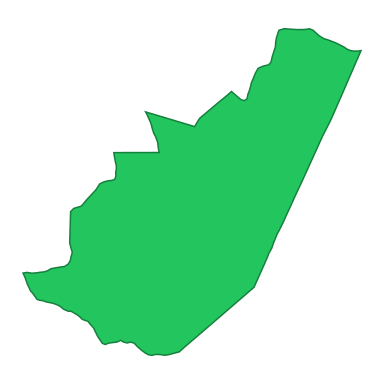 outline of Rondon, Paraná, Brazil
{"feature_id": "56859067B14553570834373", "entity_name": "Rondon", "entity_type": "district", "adm_level": 2, "iso_a3": "BRA", "parent_name": "Brazil", "parent_adm1": "Paraná", "projection": "orthographic", "projection_center": [-52.832, -23.465], "detail": "fine", "context": "isolated", "style": "filled", "palette": "green", "viewbox_px": 384, "rotation_deg": 0, "n_neighbors": 0, "source": "geoboundaries", "source_scale": "gbopen_adm2", "svg_char_len": 1879}
<svg xmlns="http://www.w3.org/2000/svg" viewBox="0 0 384 384"><path d="M23.0,273.1L25.0,277.4L27.4,284.3L28.9,287.3L30.5,291.0L32.6,293.1L36.9,299.2L39.5,300.3L43.0,300.7L46.2,301.9L52.6,303.2L56.4,304.5L59.9,306.2L63.7,309.3L68.2,311.2L71.1,311.3L76.9,314.6L79.9,316.9L82.0,319.1L84.8,320.4L87.7,321.1L90.1,324.1L93.6,328.0L95.1,331.2L97.7,336.5L102.3,343.3L105.3,344.5L108.8,343.1L117.2,342.0L120.6,340.3L123.4,342.0L127.2,343.0L130.4,342.1L134.1,343.1L137.6,346.8L141.9,350.5L144.8,352.7L148.3,354.7L151.9,355.4L155.6,354.4L160.7,354.6L164.7,355.3L168.9,354.6L179.2,351.9L184.8,346.9L208.1,326.9L254.0,287.3L263.8,265.4L267.5,257.0L268.5,254.1L271.7,248.3L273.4,243.3L277.3,233.7L279.3,230.2L283.4,221.9L286.9,214.1L290.9,205.5L292.9,201.0L294.7,197.0L303.3,178.6L322.5,136.3L330.4,120.8L333.0,115.0L341.6,95.4L361.0,50.6L357.6,51.1L354.0,51.1L350.9,50.7L347.7,49.5L343.9,47.0L337.8,43.8L334.7,42.4L327.7,39.8L323.8,38.6L319.1,35.7L313.0,30.2L309.6,28.8L304.3,29.5L297.5,29.6L287.7,29.0L284.5,28.6L278.9,30.3L277.6,34.1L276.4,37.9L275.7,42.0L275.4,46.9L273.8,51.7L272.3,56.5L270.9,62.3L268.4,64.9L265.1,65.6L262.4,66.4L258.1,68.3L255.4,73.2L253.6,77.6L251.4,82.8L250.2,87.8L249.2,91.0L247.9,94.3L247.0,98.8L244.1,100.7L240.6,99.4L231.5,91.5L226.0,96.3L217.3,103.4L200.0,118.0L197.7,121.3L194.7,126.6L145.6,111.9L147.4,115.3L148.9,118.7L150.9,123.3L152.3,128.6L153.8,133.4L155.5,136.4L157.7,142.5L158.2,147.4L159.1,152.5L113.8,152.6L114.5,157.1L115.3,161.5L116.2,165.1L116.4,168.5L115.7,172.3L115.9,176.2L114.7,179.4L111.5,180.5L108.3,180.7L104.1,181.8L99.7,183.9L96.0,189.7L90.5,195.6L86.2,200.3L81.4,206.1L73.8,208.4L70.6,211.6L69.7,243.1L71.1,248.3L72.3,252.4L71.0,257.0L70.3,260.5L68.3,264.0L64.5,266.5L60.5,267.0L55.1,267.9L51.0,268.7L47.5,270.8L44.0,271.9L39.9,272.3L36.7,272.8L31.9,273.2L27.0,272.4L23.0,273.1Z" fill="#22c55e" stroke="#15803d" stroke-width="1.5"/></svg>